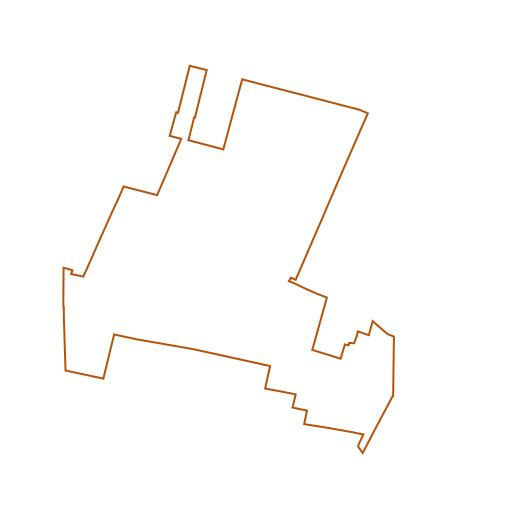 outline of Gura Ialomitei, Ialomita, Romania, rotated 110°
{"feature_id": "2599482B23433175195747", "entity_name": "Gura Ialomitei", "entity_type": "district", "adm_level": 2, "iso_a3": "ROU", "parent_name": "Romania", "parent_adm1": "Ialomita", "projection": "natural_earth1", "projection_center": [27.728, 44.753], "detail": "fine", "context": "isolated", "style": "outline", "palette": "amber", "viewbox_px": 512, "rotation_deg": 110, "n_neighbors": 0, "source": "geoboundaries", "source_scale": "gbopen_adm2", "svg_char_len": 2191}
<svg xmlns="http://www.w3.org/2000/svg" viewBox="0 0 512 512"><g transform="rotate(110 256 256)"><path d="M369.8,419.5L369.7,419.2L374.5,417.4L379.3,415.6L404.1,405.7L428.8,395.8L423.4,357.5L378.3,362.5L376.6,350.5L374.9,338.5L365.1,283.7L358.3,233.0L354.6,205.1L377.4,202.1L374.9,186.8L372.4,171.4L385.9,169.8L384.9,162.5L383.8,155.3L397.5,153.2L393.0,130.0L392.1,125.1L389.6,110.8L389.6,110.7L388.6,105.1L388.1,101.5L387.8,99.3L387.5,97.8L387.3,96.3L387.1,95.2L386.9,94.1L398.4,95.1L399.1,95.0L399.7,95.0L400.2,94.6L400.7,94.2L401.4,93.1L404.5,88.4L399.7,87.7L395.0,87.1L387.4,86.1L383.6,85.6L379.8,85.1L363.2,82.8L352.1,81.2L341.0,79.7L340.8,79.2L331.0,82.6L312.7,89.0L296.9,94.5L287.5,97.8L284.6,98.8L284.5,101.6L284.4,102.9L284.4,105.1L284.1,106.3L283.3,108.4L282.0,111.9L280.8,115.0L280.2,116.6L279.6,118.2L278.5,121.1L277.3,124.1L284.6,123.5L291.8,122.9L291.9,127.4L291.9,131.9L292.0,134.6L294.1,134.3L295.0,134.0L298.7,133.9L299.5,133.9L300.2,134.0L304.3,134.0L304.7,134.4L305.3,137.4L305.7,138.7L308.3,138.6L308.7,142.2L323.6,141.4L325.0,171.0L306.3,172.4L270.8,175.2L270.6,185.8L270.2,192.3L269.7,198.8L269.5,201.1L268.7,208.6L268.5,212.6L268.4,216.6L268.1,216.6L267.6,216.4L267.2,216.2L266.6,216.1L266.0,215.9L265.5,215.9L265.0,215.9L264.4,215.9L264.8,210.6L244.4,209.4L202.7,206.9L176.0,205.4L157.8,204.4L130.2,202.7L121.2,202.1L114.9,201.7L110.1,201.4L108.4,201.3L102.8,201.0L102.4,201.0L92.6,200.3L85.8,199.8L83.7,199.7L83.2,208.6L89.0,269.7L91.9,299.2L94.7,329.4L154.3,324.3L159.7,323.8L167.0,323.2L170.3,359.1L146.9,361.5L146.8,360.7L126.6,362.9L98.1,365.9L99.0,374.2L99.1,374.5L99.2,376.1L99.6,380.1L99.9,383.3L141.1,379.0L148.1,378.3L148.2,380.1L156.2,379.5L172.6,378.2L171.5,366.3L232.6,369.7L236.0,404.2L236.8,404.2L240.0,404.4L243.3,404.6L245.9,404.8L248.6,404.9L251.2,405.1L253.9,405.3L254.4,405.5L262.0,406.1L266.8,406.5L281.5,407.5L296.2,408.6L305.7,409.2L315.2,409.8L324.9,410.5L334.5,411.3L334.5,412.0L335.0,415.7L335.6,419.4L335.8,420.9L336.0,422.3L336.0,423.0L336.1,423.6L334.1,423.6L332.2,423.6L332.5,428.2L332.8,432.8L337.1,431.3L341.3,429.8L350.6,426.5L359.9,423.2L365.2,421.3L369.6,419.6L369.8,419.5Z" fill="none" stroke="#b45309" stroke-width="2"/></g></svg>